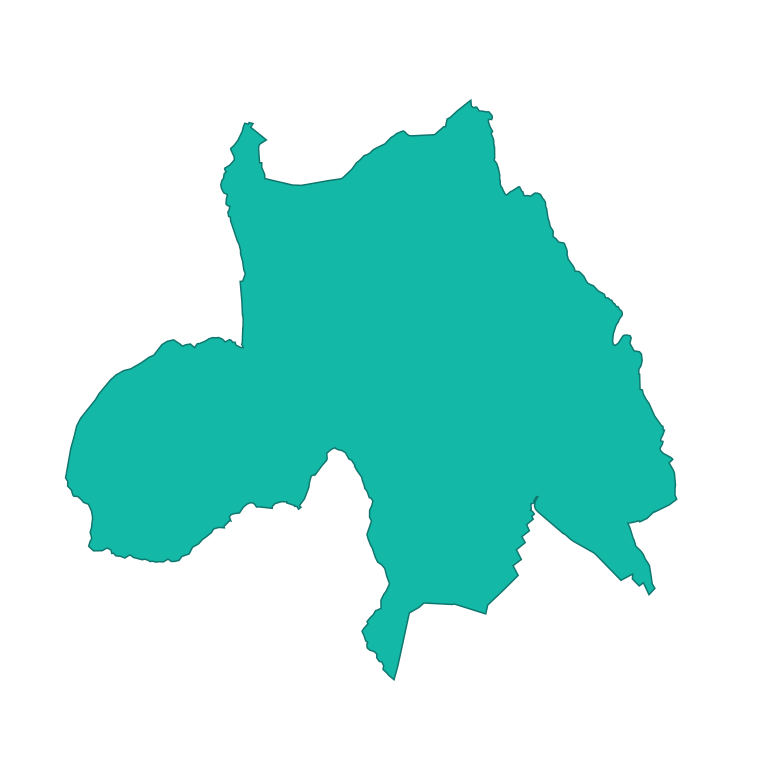 Chocamán, Veracruz, Mexico, rotated 7°
{"feature_id": "50627088B3322370739552", "entity_name": "Chocamán", "entity_type": "district", "adm_level": 2, "iso_a3": "MEX", "parent_name": "Mexico", "parent_adm1": "Veracruz", "projection": "equal_earth", "projection_center": [-97.034, 19.0], "detail": "fine", "context": "isolated", "style": "filled", "palette": "teal", "viewbox_px": 768, "rotation_deg": 7, "n_neighbors": 0, "source": "geoboundaries", "source_scale": "gbopen_adm2", "svg_char_len": 6149}
<svg xmlns="http://www.w3.org/2000/svg" viewBox="0 0 768 768"><g transform="rotate(7 384 384)"><path d="M430.0,676.3L432.1,662.2L437.0,608.2L445.9,601.5L450.3,596.5L478.8,594.5L480.6,593.8L513.0,599.8L513.9,590.7L527.9,573.7L540.5,557.6L534.2,548.6L541.7,541.4L535.6,532.4L543.5,524.2L539.4,518.7L546.2,512.0L542.7,506.2L548.6,499.9L546.7,497.3L549.1,494.9L547.9,493.3L545.8,491.7L544.7,491.4L545.4,490.4L544.4,485.2L546.4,484.3L548.1,482.5L547.1,481.7L548.6,478.2L549.2,477.7L549.1,477.1L550.4,477.2L548.8,480.9L548.1,483.9L548.3,487.0L549.7,489.8L551.9,491.8L580.3,510.7L580.7,510.5L582.9,511.7L588.1,515.4L591.3,517.1L612.6,525.9L615.0,527.4L643.1,550.0L654.0,542.3L654.3,547.2L661.9,553.3L665.7,549.7L672.7,560.8L677.8,553.8L674.8,550.0L674.3,548.8L672.8,543.0L669.6,532.0L667.7,529.4L664.8,526.1L662.1,521.5L659.2,518.4L653.7,514.3L651.3,508.5L650.0,506.6L645.4,496.3L643.0,492.5L648.3,490.9L653.7,488.7L654.6,489.7L661.4,485.4L667.7,477.7L668.0,478.2L682.0,469.1L688.6,462.7L686.4,458.9L685.6,452.4L685.6,448.8L683.2,437.4L682.3,435.3L681.1,433.5L676.6,427.6L679.8,423.7L678.4,422.3L669.8,418.9L666.6,416.4L665.8,414.1L667.3,410.6L667.8,408.9L667.9,407.0L665.6,406.9L665.4,404.7L667.0,400.4L668.0,395.6L666.8,395.7L666.0,392.1L664.5,391.5L656.6,382.9L649.2,370.7L646.0,367.3L642.4,362.1L641.2,358.4L638.8,358.1L636.5,343.0L635.6,342.8L635.2,338.3L636.9,334.5L637.4,329.2L635.8,322.9L633.7,320.9L628.1,320.6L623.1,313.7L623.7,308.1L622.4,306.1L618.8,305.8L616.4,306.3L615.1,307.5L611.5,315.1L608.5,317.6L607.0,317.0L605.7,313.9L605.5,306.6L607.0,298.2L607.9,295.7L608.9,294.1L609.4,291.9L610.5,289.3L611.9,287.2L612.0,285.2L611.4,283.4L610.1,282.0L609.0,281.6L606.8,278.7L605.0,278.7L603.0,276.1L602.0,276.2L599.8,273.1L598.6,273.2L596.2,271.4L593.5,271.4L591.6,268.0L585.1,265.4L579.9,261.0L575.9,259.9L573.7,258.9L571.9,256.7L569.2,252.7L565.8,249.9L563.7,248.6L559.8,248.7L559.1,246.6L557.4,243.9L551.7,237.8L549.9,233.0L549.8,230.8L549.1,228.4L546.1,222.9L545.1,222.1L540.2,221.9L536.9,218.8L533.8,217.0L533.4,212.2L532.8,210.9L530.0,207.7L529.4,206.4L528.6,203.8L526.4,198.8L524.0,190.0L523.2,189.0L522.7,187.3L522.0,183.9L520.6,181.9L518.9,180.4L516.1,176.7L513.3,175.9L510.5,176.1L506.6,179.7L503.0,179.5L501.2,180.1L499.8,179.6L498.3,176.2L497.4,176.1L494.6,171.8L493.5,171.9L488.8,175.9L485.7,178.1L482.7,181.5L481.4,181.1L478.7,177.4L477.3,174.8L476.6,174.3L475.1,171.8L474.5,167.8L473.6,165.6L473.5,162.8L471.1,155.7L468.8,151.1L466.0,148.4L466.3,146.2L464.9,135.7L463.6,131.9L463.3,129.2L462.5,127.0L460.4,123.5L460.0,121.9L461.0,120.0L457.8,115.6L455.6,110.8L455.4,109.3L456.5,108.4L458.6,108.4L459.0,107.1L459.0,105.7L458.4,104.3L455.0,101.1L451.5,101.5L449.8,101.2L445.2,101.3L442.4,98.0L441.0,97.9L440.0,98.8L438.7,98.6L437.6,98.0L436.8,97.1L435.6,91.7L423.6,103.8L417.5,111.1L414.3,113.5L413.7,121.1L411.9,121.4L403.8,130.4L381.4,134.3L378.5,134.4L376.0,132.9L373.8,131.1L372.4,130.5L370.5,131.3L365.7,134.1L363.8,136.3L360.9,138.5L355.5,145.7L349.9,149.2L344.8,152.8L341.9,156.4L339.3,158.5L337.6,159.1L336.2,160.1L332.7,164.8L329.7,167.9L325.9,174.8L317.7,184.7L315.9,185.7L305.5,188.5L277.8,196.9L268.9,197.7L240.7,194.6L240.0,190.5L236.2,183.8L235.7,179.3L233.6,179.7L230.9,166.2L230.7,162.9L231.6,160.9L237.5,156.1L220.4,145.4L222.3,141.5L218.3,140.9L217.7,142.6L214.1,142.2L213.1,145.6L212.6,150.2L209.2,160.2L206.1,165.5L203.1,168.9L203.5,170.3L207.6,176.7L208.1,179.9L204.3,185.5L199.5,189.3L200.3,191.5L201.6,192.5L199.7,194.8L199.7,199.3L198.4,201.5L197.7,206.0L198.8,209.6L201.7,213.8L205.5,215.1L205.0,219.2L205.2,224.5L206.9,226.0L209.3,226.4L209.0,230.4L208.1,232.5L209.4,236.6L211.1,237.0L211.9,240.8L220.9,259.6L223.2,263.3L225.3,268.6L225.8,272.4L228.7,279.4L230.9,287.7L232.9,291.4L231.2,299.2L228.7,299.7L232.8,318.9L235.2,333.1L236.2,335.7L237.2,344.7L237.0,345.4L238.3,360.2L237.9,362.0L239.9,364.9L238.3,365.4L233.2,363.9L232.2,363.2L231.1,360.7L228.8,361.1L226.9,359.2L225.2,358.8L221.3,361.6L218.0,359.1L214.2,358.0L211.5,358.7L208.5,358.8L205.0,360.3L201.0,363.5L196.2,366.2L193.7,366.9L191.5,371.0L187.0,367.9L182.5,369.2L179.4,371.0L177.2,369.5L169.8,365.8L163.6,368.1L158.8,372.0L151.9,383.6L147.7,386.0L140.4,392.6L130.5,400.0L124.1,402.4L117.0,407.6L112.1,413.2L102.2,428.6L99.6,434.6L87.1,454.9L84.1,463.1L82.9,473.6L81.0,485.9L79.4,516.1L82.1,519.3L82.4,523.9L86.6,527.3L88.4,531.5L89.5,533.1L93.8,533.0L97.6,535.6L100.2,538.1L105.3,539.4L109.3,546.0L111.1,552.4L111.2,562.1L110.4,567.1L112.4,571.7L112.5,574.0L111.6,575.5L110.6,581.0L116.0,585.0L124.6,583.8L129.2,580.5L133.3,582.1L134.4,585.3L136.3,585.0L138.7,587.2L143.4,587.1L148.1,588.3L151.3,585.5L153.3,584.7L156.4,586.7L165.6,587.9L167.8,587.0L171.4,587.7L173.4,588.7L176.0,588.1L179.5,588.6L181.9,587.8L186.6,587.5L190.8,584.3L192.6,584.8L194.3,586.1L197.5,585.7L202.0,584.1L204.4,579.8L211.3,576.4L213.9,569.3L219.5,565.2L222.7,560.5L226.3,557.2L230.7,552.6L232.6,548.6L237.5,546.5L243.1,546.2L242.5,544.9L247.5,538.4L248.7,538.6L246.7,534.7L248.0,532.5L250.7,531.0L256.3,529.6L259.4,523.4L262.5,520.1L265.3,518.3L268.0,518.0L270.3,519.1L272.4,521.6L275.4,521.2L288.3,521.0L288.1,519.0L290.4,516.0L296.5,513.3L302.0,512.8L302.0,513.9L310.1,515.5L310.2,516.3L312.5,516.1L314.4,518.7L316.6,516.4L315.8,516.1L315.0,514.8L319.1,507.6L322.0,495.7L322.0,490.9L323.0,484.1L326.3,482.3L326.6,482.8L332.5,472.4L336.3,466.9L336.7,465.0L335.6,459.7L339.8,455.2L343.2,453.2L344.0,454.0L346.6,454.8L351.0,455.3L352.4,456.2L354.0,456.7L358.2,462.6L361.2,463.7L365.1,468.4L364.8,469.1L367.5,472.9L373.3,479.3L374.1,481.9L376.7,487.1L377.6,489.9L380.4,492.7L383.3,498.7L385.1,498.9L387.3,501.7L386.6,506.6L385.1,511.0L385.9,518.1L388.3,521.5L385.4,535.4L387.2,539.8L390.2,545.4L392.4,548.4L396.4,556.9L399.4,561.5L404.0,563.9L407.3,567.1L410.2,574.5L413.8,581.6L411.4,589.3L409.5,592.6L407.3,599.0L408.4,607.1L403.2,610.1L401.5,614.3L399.0,617.3L396.1,621.9L397.3,624.0L393.8,629.1L392.3,632.1L394.9,636.3L397.3,641.4L399.3,642.3L398.7,644.4L399.5,648.0L402.1,649.8L406.9,650.8L409.8,652.9L410.1,656.6L413.2,660.0L415.6,660.1L418.0,663.6L417.8,667.4L422.2,670.6L424.4,672.7L430.0,676.3Z" fill="#14b8a6" stroke="#0f766e" stroke-width="1.5"/></g></svg>